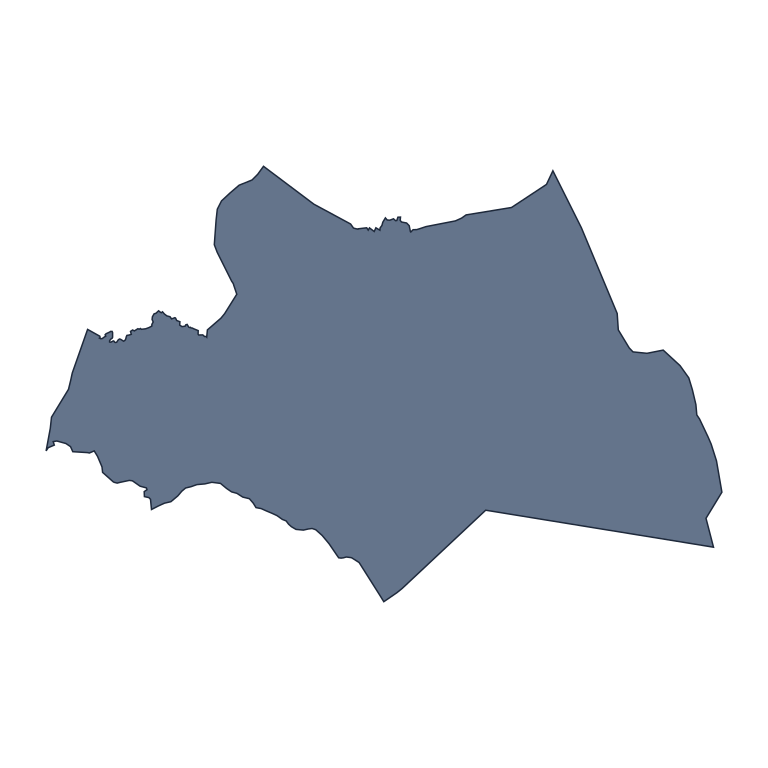 Santos Reyes Yucuná, Oaxaca, Mexico
{"feature_id": "50627088B24821438412486", "entity_name": "Santos Reyes Yucuná", "entity_type": "district", "adm_level": 2, "iso_a3": "MEX", "parent_name": "Mexico", "parent_adm1": "Oaxaca", "projection": "natural_earth1", "projection_center": [-98.034, 17.773], "detail": "fine", "context": "isolated", "style": "filled", "palette": "slate", "viewbox_px": 768, "rotation_deg": 0, "n_neighbors": 0, "source": "geoboundaries", "source_scale": "gbopen_adm2", "svg_char_len": 3062}
<svg xmlns="http://www.w3.org/2000/svg" viewBox="0 0 768 768"><path d="M263.5,166.3L257.7,174.3L252.0,180.0L239.1,185.2L230.0,193.0L221.5,200.9L217.3,209.2L216.1,220.0L214.3,244.7L217.2,252.3L231.4,280.7L231.6,281.1L233.2,283.5L233.6,284.6L233.7,285.1L236.8,294.3L236.6,294.6L236.3,295.0L224.6,313.7L220.9,318.2L207.4,329.9L206.7,337.1L206.1,336.4L204.9,336.6L204.1,336.2L203.5,335.4L202.6,334.9L198.7,335.0L198.1,334.2L198.2,330.6L193.8,328.8L192.2,328.0L191.1,328.0L190.5,327.3L189.5,327.5L188.8,327.2L187.1,324.4L185.7,324.9L185.1,326.2L182.0,326.6L179.7,325.1L179.9,321.7L176.7,320.5L175.5,318.0L174.8,317.7L171.6,318.9L170.0,316.7L166.9,315.9L164.4,314.0L162.5,311.8L161.4,312.7L160.6,312.4L158.6,310.8L155.9,313.3L154.1,313.8L152.4,316.8L152.1,319.5L153.2,322.0L151.9,324.3L151.8,326.1L148.9,327.6L145.6,328.8L141.3,329.3L140.5,328.5L139.1,329.2L137.9,328.7L137.1,329.2L134.4,330.9L132.6,330.0L130.5,331.4L131.3,334.3L129.3,335.0L126.9,335.4L126.3,336.7L125.7,339.1L124.9,340.4L123.6,341.2L120.6,339.3L119.6,339.0L118.4,339.7L116.6,342.3L115.4,342.5L114.6,342.2L114.0,341.2L113.3,340.9L110.8,342.2L109.6,342.0L109.6,340.8L110.7,339.2L112.1,338.3L112.6,337.3L112.6,332.6L112.1,331.4L110.5,331.4L109.8,332.0L106.1,333.7L105.1,334.8L105.6,335.8L105.7,336.3L104.6,336.8L102.1,338.6L100.6,338.7L99.4,338.1L100.1,337.3L99.8,336.2L87.6,329.4L72.3,372.9L71.7,375.6L71.2,378.0L70.6,380.7L68.5,389.3L51.5,417.2L50.3,428.3L46.1,450.9L48.2,447.7L54.3,445.1L53.2,441.6L56.8,441.0L65.9,443.5L70.5,446.6L72.8,451.7L87.5,452.6L89.4,453.0L94.2,450.9L97.5,456.3L102.0,466.9L102.6,472.4L113.2,481.8L114.1,482.3L117.2,483.1L119.9,482.4L129.3,480.4L132.4,480.8L140.1,486.2L146.4,487.9L147.0,489.7L144.2,491.6L144.4,496.6L148.9,497.6L150.5,499.3L151.5,509.5L158.3,506.0L164.4,503.2L170.9,501.7L177.8,495.9L181.8,491.2L185.6,488.0L191.0,486.7L196.9,484.6L204.9,483.9L211.8,482.3L220.5,483.4L226.5,488.4L231.6,491.9L236.8,493.3L242.8,497.1L249.4,498.7L253.2,503.1L256.0,507.6L261.2,508.6L266.3,510.9L271.8,513.2L277.0,515.6L282.3,519.4L286.1,520.9L288.6,524.2L291.4,526.7L296.0,529.4L303.4,530.1L308.2,529.0L312.1,528.5L315.7,529.7L322.1,535.4L329.1,543.8L333.8,550.7L336.6,554.8L338.7,557.8L341.1,558.1L343.5,557.8L346.3,557.0L351.5,557.7L359.1,562.5L379.6,594.9L383.8,601.7L396.9,592.7L402.1,588.5L485.7,510.2L713.5,547.2L706.0,518.3L721.9,492.2L717.4,466.1L716.5,460.9L711.2,444.2L708.0,436.8L699.6,419.1L696.8,414.9L695.9,404.6L692.4,389.8L688.8,377.9L680.1,365.7L663.2,350.1L647.0,353.3L633.0,351.9L629.2,347.9L618.3,329.9L617.2,313.5L581.4,227.8L552.9,170.8L546.5,184.4L511.5,207.5L466.1,214.9L461.6,218.1L455.4,220.9L426.0,226.6L420.9,228.3L416.8,229.6L413.1,229.7L410.8,232.0L410.4,231.6L409.2,225.7L406.6,223.0L401.5,222.0L400.2,220.4L400.5,217.1L397.9,217.2L396.8,220.5L395.6,220.7L393.5,218.8L389.8,220.2L387.2,220.0L385.4,217.9L382.8,222.2L381.9,225.5L380.1,227.9L379.9,230.2L375.9,227.8L374.2,231.5L369.5,227.9L368.2,230.1L366.7,227.8L358.1,228.8L357.9,229.2L353.5,228.1L350.6,224.0L313.9,204.2L263.5,166.3Z" fill="#64748b" stroke="#1e293b" stroke-width="1.5"/></svg>